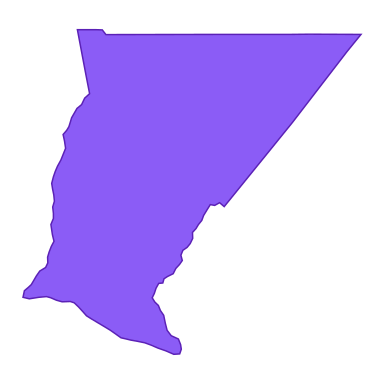 Presidente Vargas, Maranhão, Brazil
{"feature_id": "56859067B97950070830683", "entity_name": "Presidente Vargas", "entity_type": "district", "adm_level": 2, "iso_a3": "BRA", "parent_name": "Brazil", "parent_adm1": "Maranhão", "projection": "albers", "projection_center": [-44.012, -3.405], "detail": "fine", "context": "isolated", "style": "filled", "palette": "violet", "viewbox_px": 384, "rotation_deg": 0, "n_neighbors": 0, "source": "geoboundaries", "source_scale": "gbopen_adm2", "svg_char_len": 1409}
<svg xmlns="http://www.w3.org/2000/svg" viewBox="0 0 384 384"><path d="M102.3,29.9L96.1,29.7L77.4,29.7L86.0,75.2L89.6,93.7L84.7,98.1L81.6,104.6L77.0,108.4L71.6,117.8L70.2,122.5L68.9,126.7L66.7,130.3L63.1,134.5L64.5,141.0L65.6,148.3L60.9,160.0L57.5,166.2L55.3,171.3L53.4,176.8L51.7,183.4L52.6,189.1L53.8,195.0L54.4,201.2L52.7,207.0L53.4,213.4L53.4,218.5L50.9,224.5L52.4,234.6L54.0,241.3L51.3,246.4L49.1,252.1L47.6,257.1L47.8,262.9L45.6,267.5L39.8,271.0L36.4,275.9L31.3,284.6L28.2,287.5L24.4,290.7L23.0,297.3L29.3,298.8L38.8,297.3L46.5,296.6L50.6,297.7L56.4,300.2L62.1,301.8L70.3,301.5L74.2,302.8L78.5,306.9L82.7,311.5L86.5,315.8L91.4,318.9L98.8,323.3L105.0,327.0L110.1,330.1L114.4,333.1L121.0,337.8L126.3,339.0L130.8,340.1L137.0,341.2L144.8,342.8L150.8,345.0L158.0,348.1L165.7,350.8L173.8,354.3L179.7,353.9L181.3,349.2L180.6,344.6L178.4,339.0L171.2,335.7L167.1,330.3L165.3,323.2L163.7,315.3L160.4,310.5L158.4,305.5L154.8,302.0L152.2,297.8L154.3,293.5L156.0,288.3L158.7,283.4L162.8,283.0L164.0,278.8L167.5,276.5L173.2,273.7L175.8,268.5L179.5,264.5L182.3,260.5L180.9,255.2L182.9,250.3L187.1,247.4L190.2,243.6L192.7,238.4L192.5,232.4L196.0,228.6L198.4,224.6L201.8,220.4L203.6,215.5L207.3,209.4L210.3,204.6L214.7,205.4L219.6,202.7L224.2,206.6L292.4,122.5L347.0,51.6L361.0,34.4L356.5,34.4L309.5,34.2L290.4,34.4L280.6,34.4L223.7,34.4L105.9,34.6L102.3,29.9Z" fill="#8b5cf6" stroke="#5b21b6" stroke-width="1.5"/></svg>